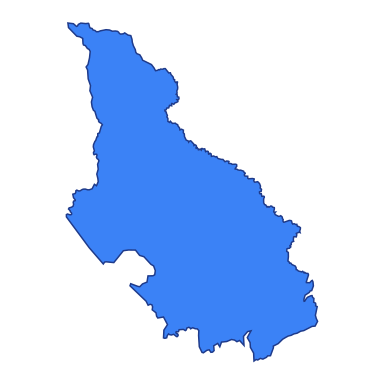 outline of Djéma, Haut-Mbomou, Central African Republic
{"feature_id": "33826404B9662788023259", "entity_name": "Djéma", "entity_type": "district", "adm_level": 2, "iso_a3": "CAF", "parent_name": "Central African Republic", "parent_adm1": "Haut-Mbomou", "projection": "natural_earth1", "projection_center": [25.567, 6.936], "detail": "fine", "context": "isolated", "style": "filled", "palette": "blue", "viewbox_px": 384, "rotation_deg": 0, "n_neighbors": 0, "source": "geoboundaries", "source_scale": "gbopen_adm2", "svg_char_len": 5942}
<svg xmlns="http://www.w3.org/2000/svg" viewBox="0 0 384 384"><path d="M317.2,306.6L315.6,305.8L315.8,304.1L315.5,303.1L313.7,302.2L313.9,298.4L312.6,297.4L312.1,295.6L311.2,295.6L307.8,297.1L306.5,298.3L304.7,301.2L304.1,301.3L303.9,300.5L303.9,299.3L305.1,295.2L309.3,292.4L310.2,290.9L311.7,290.6L313.4,285.9L313.0,281.9L312.3,280.4L311.6,280.7L309.7,282.7L306.4,282.6L306.3,281.9L308.5,274.9L308.0,273.5L305.8,273.2L304.7,272.3L304.1,272.9L302.7,271.3L301.7,271.9L298.4,271.0L297.1,269.8L296.2,269.6L296.1,267.6L295.3,266.1L291.9,264.5L290.7,263.0L289.6,263.2L288.9,261.6L287.9,261.0L288.4,256.8L288.3,252.4L286.7,251.4L286.9,248.9L287.6,248.5L289.4,248.3L290.8,246.9L290.0,246.2L289.9,245.6L291.3,244.7L291.1,243.6L291.5,242.6L292.0,242.0L293.7,241.3L293.3,240.2L293.6,237.0L294.1,236.7L296.3,236.9L296.8,234.8L296.3,233.4L299.1,232.2L300.1,232.6L299.7,231.2L300.4,228.9L300.4,227.6L298.7,226.5L297.4,226.3L296.8,224.3L295.8,224.5L294.1,223.7L292.8,224.1L292.1,223.2L291.5,220.9L291.0,220.6L289.3,220.4L284.1,222.2L283.5,222.1L282.9,220.9L283.2,219.6L282.4,218.4L282.3,217.3L281.9,216.6L280.7,215.7L280.0,216.2L278.4,216.3L275.2,214.6L274.6,213.1L275.5,212.1L274.0,212.2L273.7,211.6L274.4,208.9L274.3,207.6L272.4,207.1L271.8,206.2L270.8,206.0L269.0,207.2L268.0,206.5L267.1,207.1L265.7,204.9L264.6,204.6L263.7,202.9L263.6,200.0L263.8,198.3L264.3,197.4L264.2,196.5L263.8,196.2L261.8,196.3L261.3,193.6L260.0,193.8L259.5,193.1L259.5,191.8L261.2,191.3L261.5,189.3L260.2,188.1L260.5,186.1L259.5,183.5L257.7,181.7L254.9,182.2L254.3,181.9L253.7,180.4L254.2,179.4L254.1,178.8L252.3,178.5L248.5,178.8L247.8,178.3L247.7,176.2L245.2,176.1L244.5,175.6L244.4,174.3L245.2,173.5L245.1,173.0L244.1,172.4L243.6,171.2L240.6,170.1L239.8,170.3L237.9,169.9L236.9,169.2L235.2,169.0L235.3,168.3L236.8,166.2L236.6,164.6L235.7,164.2L232.1,164.3L231.1,163.6L228.8,163.4L228.6,162.7L229.0,161.5L228.8,161.3L226.7,161.0L225.0,161.7L222.9,159.4L221.4,159.4L218.2,158.6L217.5,158.0L216.8,156.6L215.6,156.9L213.6,156.0L211.4,156.4L211.1,153.9L210.0,153.2L209.1,154.1L208.6,154.1L208.2,151.5L207.0,151.1L205.6,151.7L204.7,148.8L202.9,149.0L202.0,148.4L201.6,148.6L201.2,150.1L200.1,149.0L199.0,149.8L198.4,149.8L198.1,148.7L197.5,148.4L197.3,147.8L196.2,148.3L196.0,148.0L196.5,146.2L196.1,145.4L195.0,144.8L194.0,145.4L193.9,144.2L191.1,141.1L190.5,140.8L189.3,141.2L188.7,142.1L188.3,141.0L186.2,140.1L184.5,136.6L184.3,133.9L183.3,132.8L183.4,130.1L181.5,129.2L179.9,129.9L179.6,128.1L178.0,125.9L177.6,124.6L176.3,124.1L175.4,123.2L172.4,123.4L170.3,121.2L169.6,122.4L167.9,121.4L167.9,118.4L166.9,116.9L167.4,115.5L166.4,113.3L166.3,112.1L165.2,111.4L164.8,110.1L166.0,109.9L166.9,108.0L168.7,107.9L169.5,105.4L171.7,105.8L171.5,103.9L171.9,103.4L173.8,104.3L175.2,102.7L176.4,102.5L177.9,101.6L177.9,100.9L176.9,99.6L178.6,99.5L179.0,98.4L178.8,97.1L177.4,96.8L177.1,94.6L176.2,94.2L177.1,93.1L176.8,90.9L177.6,89.1L177.7,87.1L177.1,84.2L177.5,82.1L177.0,81.8L175.9,82.6L175.5,82.3L174.5,80.9L174.7,79.8L173.6,79.2L173.2,77.1L170.9,74.4L170.4,72.8L168.7,72.9L165.3,68.6L163.9,68.6L162.9,69.2L160.4,69.1L159.7,69.8L158.6,69.6L157.4,70.4L155.5,70.7L154.0,67.9L151.5,64.6L142.6,60.2L141.7,57.9L139.8,54.8L136.9,53.7L135.8,52.3L135.3,49.6L133.4,45.8L132.3,42.2L132.0,39.3L130.8,35.6L128.1,35.1L124.7,32.9L123.3,33.8L120.6,34.1L119.5,33.5L118.5,32.1L117.6,31.4L115.5,31.0L112.3,31.2L109.5,30.0L106.0,29.7L100.5,30.8L98.3,31.7L96.3,31.7L95.0,30.5L93.1,30.0L92.1,28.5L90.2,28.0L89.6,27.0L88.8,23.7L88.4,23.3L85.8,23.6L80.8,23.1L78.3,24.4L77.5,26.0L76.5,26.4L73.4,23.7L67.9,23.0L68.5,27.6L76.8,36.2L79.8,36.8L82.7,38.4L83.0,43.5L83.5,45.0L85.4,45.6L87.4,48.5L89.1,49.4L90.2,51.5L89.5,57.9L88.0,64.5L86.1,67.0L87.6,70.0L88.2,78.9L90.5,85.6L89.9,90.8L92.6,97.2L91.4,102.0L92.1,106.8L93.4,110.2L94.9,111.4L96.9,118.1L98.7,119.9L98.5,120.9L99.2,122.2L101.3,123.4L102.4,124.8L101.3,126.3L99.4,132.9L97.8,133.6L97.7,136.6L96.9,136.9L95.8,140.2L94.8,141.6L93.5,144.7L93.3,146.9L94.4,151.0L93.5,152.3L93.6,154.0L94.1,154.7L95.8,154.1L96.7,154.3L97.0,155.2L96.4,157.1L97.0,158.5L98.3,159.5L98.9,160.9L97.6,164.3L98.2,169.2L96.8,174.1L97.9,178.7L98.2,181.7L96.5,185.7L94.4,184.3L92.1,188.8L89.2,189.8L87.7,189.8L85.4,189.1L83.7,189.1L82.4,189.4L80.1,190.8L78.8,191.0L76.8,190.1L75.9,190.7L75.8,192.2L75.2,193.5L72.8,194.2L73.5,197.7L75.2,199.8L75.2,200.6L73.6,201.1L73.2,202.4L73.6,204.3L73.0,206.3L71.5,207.2L69.1,207.9L68.5,209.0L70.2,210.8L70.3,211.7L71.4,212.7L71.7,214.0L71.1,214.7L70.0,214.8L67.5,214.0L66.4,214.6L66.4,216.9L89.2,247.7L103.3,264.0L104.6,262.1L106.2,261.8L113.8,262.6L123.4,250.7L128.5,250.0L135.5,250.1L139.6,255.4L143.9,256.7L150.9,264.3L153.6,265.9L155.3,270.6L154.7,274.8L152.9,275.8L148.0,275.9L147.0,282.1L142.5,283.9L139.8,286.7L137.9,286.4L130.7,283.7L130.0,285.8L146.1,301.2L148.1,305.2L150.2,304.3L151.9,304.8L152.6,306.9L152.2,309.8L156.0,312.8L156.6,316.2L157.8,318.0L163.5,317.0L167.5,324.6L163.9,330.1L163.5,337.9L164.9,338.3L166.7,337.8L167.2,335.8L168.5,333.9L169.5,334.6L171.3,335.0L173.7,334.3L176.5,336.6L177.3,336.6L178.1,335.6L178.0,334.4L177.5,333.8L176.6,333.6L176.0,332.9L175.9,332.1L176.6,331.6L177.5,331.9L178.5,331.6L179.1,329.7L183.4,329.4L185.3,330.6L186.3,329.9L186.9,328.0L188.8,327.3L189.8,327.7L190.6,328.8L192.7,327.7L195.1,328.7L197.4,328.9L198.8,330.6L198.6,335.5L199.3,346.8L202.0,352.4L203.4,352.8L206.9,350.3L209.2,349.8L210.9,352.3L212.6,352.1L214.1,350.6L213.7,345.8L217.7,343.4L219.8,346.8L221.5,342.1L226.8,341.5L231.5,339.5L234.6,340.1L236.9,341.7L239.6,340.5L244.0,345.4L243.5,336.4L247.6,331.6L251.0,330.8L247.3,337.6L250.1,342.6L250.4,347.4L253.6,353.1L254.0,361.0L256.1,359.5L257.8,360.0L260.3,358.4L262.9,359.1L266.5,357.3L267.6,355.9L270.5,355.7L273.4,347.8L273.3,346.1L278.2,343.6L282.7,339.2L285.7,337.4L288.3,336.0L291.2,335.3L293.9,333.9L297.1,333.2L300.7,331.2L303.8,330.6L312.0,326.4L315.1,326.1L317.6,321.3L316.3,318.6L315.4,315.3L317.2,306.6Z" fill="#3b82f6" stroke="#1e3a8a" stroke-width="1.5"/></svg>